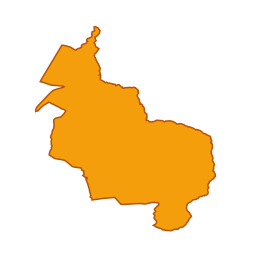 Teso North, Western, Kenya, rotated 102°
{"feature_id": "3690345B58286800051126", "entity_name": "Teso North", "entity_type": "district", "adm_level": 2, "iso_a3": "KEN", "parent_name": "Kenya", "parent_adm1": "Western", "projection": "natural_earth1", "projection_center": [34.335, 0.681], "detail": "fine", "context": "isolated", "style": "filled", "palette": "amber", "viewbox_px": 256, "rotation_deg": 102, "n_neighbors": 0, "source": "geoboundaries", "source_scale": "gbopen_adm2", "svg_char_len": 5840}
<svg xmlns="http://www.w3.org/2000/svg" viewBox="0 0 256 256"><g transform="rotate(102 128 128)"><path d="M205.9,148.3L201.9,137.2L198.8,127.0L199.0,126.1L204.1,119.0L203.5,115.6L200.6,105.3L199.3,100.0L199.1,98.6L199.1,97.5L198.8,95.7L198.6,94.9L198.1,94.0L197.3,92.1L196.9,91.4L196.0,89.2L195.3,86.8L195.2,85.6L195.2,84.5L195.0,82.7L195.7,82.1L196.6,81.9L197.6,82.2L198.2,83.0L199.1,83.7L200.1,84.2L201.7,85.3L202.5,85.1L203.9,83.6L204.6,83.9L206.2,85.3L207.0,85.1L207.5,84.2L208.3,83.3L210.5,84.0L211.3,83.4L211.8,82.8L212.4,81.7L213.2,80.8L214.1,80.4L215.1,80.5L216.1,81.0L216.8,81.6L217.2,82.2L217.9,82.9L218.1,81.9L218.8,80.5L218.9,79.7L219.2,78.8L219.5,76.2L219.6,74.6L219.8,73.8L220.4,73.1L220.4,72.3L220.1,71.6L220.3,70.7L219.9,67.0L219.8,66.2L219.4,64.4L218.3,62.6L217.7,62.0L217.0,60.1L216.8,59.2L216.7,58.3L216.3,57.7L215.3,57.3L214.8,56.6L214.3,55.8L213.4,53.7L211.0,51.8L210.0,51.2L209.1,51.0L206.1,49.5L205.3,49.5L204.5,49.3L202.7,48.5L202.0,47.9L201.1,47.6L200.3,48.2L199.7,49.1L198.9,49.6L197.9,50.5L197.0,52.1L196.4,52.8L195.7,53.4L194.9,53.9L194.1,54.2L192.4,54.2L191.7,54.4L190.8,54.2L190.1,54.3L189.2,53.7L186.6,50.6L185.5,50.1L184.7,49.5L184.4,48.3L184.0,47.4L183.6,46.5L182.9,45.8L182.2,44.8L181.1,44.3L180.1,43.4L180.0,42.4L179.6,41.8L178.9,41.0L178.5,40.2L178.5,39.3L177.7,38.7L177.1,37.1L176.5,36.5L175.5,36.1L174.6,36.2L174.0,36.3L172.5,37.1L171.5,37.3L169.6,36.5L168.8,36.9L168.6,37.8L167.7,37.8L166.7,38.0L165.7,37.7L164.8,37.1L164.0,37.5L163.4,36.9L162.5,36.3L159.3,33.4L158.6,33.6L158.0,33.2L157.3,32.5L155.3,33.0L154.4,33.6L152.5,35.0L152.3,36.0L151.4,36.1L150.4,35.7L148.3,36.1L145.9,35.8L143.4,37.5L142.8,38.3L142.1,38.6L141.4,38.7L140.4,38.5L138.1,39.4L137.6,40.1L136.4,40.6L135.5,41.5L134.4,41.3L133.7,41.7L132.8,41.8L131.8,41.6L129.7,41.3L127.7,41.8L127.0,42.0L125.6,42.7L125.6,43.5L125.1,44.1L124.4,43.9L124.0,43.3L122.0,44.0L121.5,44.8L120.8,44.8L119.1,45.8L118.3,49.0L118.3,50.0L117.6,50.7L117.5,51.9L117.6,52.8L117.3,53.7L116.3,55.1L115.5,57.0L115.5,57.8L115.3,58.6L115.2,60.5L115.7,61.2L115.4,62.1L114.7,63.8L114.5,64.9L114.1,67.9L114.5,69.5L114.0,70.1L114.0,71.4L113.8,72.6L113.4,73.4L112.7,76.9L113.2,79.1L113.9,80.1L113.9,81.2L113.4,81.9L113.2,82.6L112.5,84.5L112.2,86.4L112.3,88.6L113.3,92.3L113.9,93.2L114.5,93.9L114.0,94.8L113.7,96.2L114.2,99.7L114.3,101.3L116.1,103.8L116.6,104.9L117.1,106.2L117.4,107.4L117.5,108.4L116.9,108.9L116.3,110.5L116.9,111.2L116.6,111.9L115.9,112.2L115.1,112.0L114.3,111.5L113.3,111.9L112.2,112.0L111.5,112.4L110.5,112.4L109.4,114.8L106.6,116.0L105.9,115.8L104.0,117.2L103.8,118.2L102.8,118.3L101.7,119.7L102.1,120.3L102.3,121.3L101.6,121.5L100.9,121.3L100.1,122.1L99.1,122.4L97.3,123.3L96.9,124.0L95.8,124.9L95.3,125.5L94.6,125.8L93.8,125.8L92.7,125.4L90.9,124.9L90.2,125.8L89.3,125.7L88.7,126.3L87.1,129.2L86.9,129.9L87.4,132.1L87.9,132.8L87.8,133.7L87.9,135.1L88.4,136.0L88.7,137.1L88.8,138.0L89.0,138.7L89.4,139.6L90.0,140.1L89.9,141.9L89.2,141.8L89.1,142.8L88.6,144.0L87.5,145.7L87.7,146.7L88.1,147.4L88.7,148.2L89.1,148.9L88.1,149.4L88.0,151.3L88.4,152.1L88.0,152.9L88.0,155.8L88.3,156.6L87.8,157.8L87.8,158.9L88.3,159.6L88.0,160.6L87.5,161.3L86.8,163.6L86.7,164.3L86.4,165.0L85.6,165.4L84.0,165.2L83.1,165.9L82.5,165.6L81.7,165.9L81.9,167.1L80.9,166.4L78.9,167.2L78.2,168.1L77.3,167.5L75.7,167.5L75.0,167.9L73.2,169.2L72.8,169.8L71.9,169.9L69.9,172.0L69.2,172.2L68.7,172.9L65.9,174.7L65.2,175.5L64.0,176.1L61.8,175.6L61.3,174.9L59.7,174.3L56.6,172.9L55.5,175.2L55.3,176.3L53.8,177.2L52.9,177.6L52.2,178.2L51.9,179.0L51.3,178.9L50.7,178.4L49.2,177.3L48.7,177.8L46.3,179.4L45.5,178.5L44.6,177.6L43.6,176.9L41.4,175.7L38.5,175.6L37.4,177.1L36.7,177.6L36.2,178.4L36.0,179.4L35.8,180.1L35.6,181.3L36.0,182.1L37.0,182.0L38.0,181.7L38.9,181.1L39.5,180.9L40.3,181.3L41.1,182.7L41.6,183.2L42.4,182.9L43.2,183.1L43.9,183.0L44.4,182.4L45.4,182.4L46.8,183.1L47.5,183.7L47.9,184.5L48.5,185.2L49.0,186.1L50.6,186.8L51.3,186.5L51.8,185.6L52.8,186.4L53.7,186.6L54.3,187.2L55.1,188.6L55.3,189.4L56.0,189.7L56.4,190.5L57.2,190.7L58.7,190.2L59.3,191.0L60.2,192.3L60.6,193.2L61.3,194.1L62.2,194.8L62.8,195.5L62.5,196.7L61.6,199.2L61.2,200.0L60.9,201.0L60.7,202.4L60.7,204.3L60.5,205.1L60.5,205.9L60.6,208.7L60.8,209.9L96.0,222.0L100.9,223.5L101.0,219.7L101.4,217.6L101.7,215.3L101.8,213.6L102.0,212.5L101.9,210.6L101.2,205.8L100.9,203.5L100.6,201.1L100.5,200.1L101.0,199.0L101.6,199.7L105.6,207.3L106.4,208.5L107.5,209.6L108.7,210.5L110.9,212.0L114.4,214.2L123.2,219.6L126.3,221.4L128.0,221.9L130.1,222.0L131.0,221.7L130.5,221.1L130.2,220.1L129.8,219.4L128.5,218.9L127.8,218.4L126.7,217.8L125.6,217.0L122.9,214.8L120.6,212.2L119.3,211.1L119.4,210.0L119.6,209.0L119.9,208.3L120.6,204.8L121.0,204.0L121.3,203.0L121.8,200.6L122.6,198.1L123.0,197.0L123.3,194.7L123.5,193.7L124.2,192.4L125.1,192.7L126.2,193.2L127.0,193.4L129.2,194.8L130.0,195.2L130.9,195.7L131.5,196.7L131.8,197.6L132.4,198.3L132.6,199.1L133.3,200.7L133.9,201.1L134.4,201.7L135.1,202.2L136.1,202.2L137.5,201.9L139.9,201.0L141.2,201.0L141.9,200.6L142.7,200.7L143.8,200.6L144.9,200.8L145.6,201.2L146.7,201.5L149.2,201.1L150.4,201.6L151.5,201.8L152.5,201.8L153.3,201.7L154.6,200.4L157.4,200.4L158.5,200.0L160.4,199.5L161.0,198.7L163.2,198.9L164.3,198.6L165.1,198.8L166.0,199.4L166.6,199.4L170.0,199.7L170.8,199.4L171.2,198.5L171.8,196.6L172.8,194.2L173.0,193.2L173.1,192.1L172.8,187.7L172.8,185.3L172.9,183.6L173.4,181.7L177.0,175.0L177.3,174.0L177.4,172.6L177.3,171.2L176.9,165.3L177.6,165.1L178.5,164.8L179.1,164.0L179.0,163.2L179.1,162.4L179.9,162.4L181.4,161.8L183.0,161.4L183.8,162.3L184.7,160.7L184.9,160.0L185.3,159.4L186.0,158.6L185.0,158.5L185.1,157.7L185.9,157.4L187.4,158.4L187.9,157.9L190.5,156.1L196.2,153.0L197.0,152.8L198.3,152.2L200.2,151.1L201.1,150.8L201.9,150.3L202.7,150.6L203.5,150.5L203.8,149.8L204.2,149.0L205.1,148.5L205.9,148.3Z" fill="#f59e0b" stroke="#b45309" stroke-width="1.5"/></g></svg>